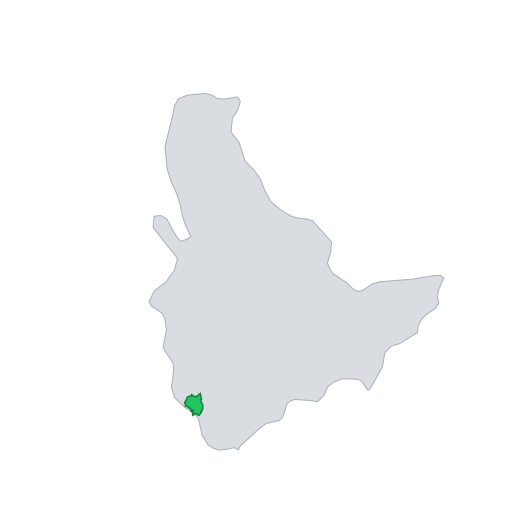 La Isabela, Puerto Plata, Dominican Republic shown in context, rotated 237°
{"feature_id": "3306468B2817273614412", "entity_name": "La Isabela", "entity_type": "district", "adm_level": 2, "iso_a3": "DOM", "parent_name": "Dominican Republic", "parent_adm1": "Puerto Plata", "projection": "equal_earth", "projection_center": [-71.164, 19.801], "detail": "fine", "context": "in_parent", "style": "filled", "palette": "green", "viewbox_px": 512, "rotation_deg": 237, "n_neighbors": 0, "source": "geoboundaries", "source_scale": "gbopen_adm2", "svg_char_len": 4523}
<svg xmlns="http://www.w3.org/2000/svg" viewBox="0 0 512 512"><g transform="rotate(237 256 256)"><path d="M103.9,349.8L104.3,328.7L106.8,320.2L104.5,311.1L94.0,301.6L87.6,289.2L81.9,278.3L83.2,276.7L94.6,276.3L98.6,272.3L106.3,261.1L107.9,252.1L107.3,245.3L102.3,237.2L100.3,228.6L106.5,221.2L114.6,210.3L115.7,206.1L115.5,202.0L106.1,190.5L105.5,185.6L109.9,173.2L109.5,164.9L105.2,139.3L103.1,135.4L107.3,133.3L110.0,125.6L113.7,118.8L118.6,115.2L124.1,112.9L135.1,113.1L150.3,119.0L154.6,118.9L169.2,113.5L181.3,110.5L192.7,113.9L197.3,118.5L206.8,125.9L211.5,128.1L226.3,128.0L230.4,128.7L242.9,140.8L253.4,145.6L259.6,145.9L270.5,141.2L275.9,141.3L282.2,151.8L283.4,166.6L288.7,180.2L296.7,188.8L336.0,185.2L344.8,192.3L341.8,198.2L336.3,201.3L317.6,199.9L309.4,200.6L307.8,206.5L307.7,212.0L318.7,213.3L329.5,216.0L340.4,220.4L351.5,223.4L364.1,225.3L376.4,228.5L397.1,239.1L420.0,263.4L426.1,269.0L430.1,276.6L428.3,286.0L420.2,301.4L415.6,306.3L408.9,309.3L404.4,315.6L400.0,326.4L397.3,327.3L394.1,326.9L388.6,320.8L384.6,311.4L373.6,302.6L360.5,303.7L341.2,298.5L329.6,301.1L317.9,301.6L306.0,299.0L294.0,298.1L282.1,301.4L270.5,307.0L266.2,310.6L258.8,319.3L254.8,322.6L226.6,327.0L218.4,320.6L210.9,311.8L200.0,310.6L184.2,317.4L174.4,319.8L170.4,322.8L169.2,326.1L169.2,338.4L167.0,345.8L151.6,374.1L142.9,394.0L139.3,400.1L135.2,401.5L127.6,390.0L122.8,385.9L116.8,383.8L114.3,377.7L114.4,369.1L112.9,360.7L109.2,354.1L103.9,349.8Z" fill="#d9dde1" stroke="#a8b0b8" stroke-width="1"/><path d="M165.4,132.0L165.7,132.2L166.1,132.6L166.3,132.7L166.6,132.7L167.2,132.8L167.5,132.8L169.1,133.8L169.3,133.8L170.1,133.9L171.0,134.4L171.0,133.5L171.0,132.6L170.8,131.9L170.7,131.0L170.2,129.9L170.2,129.7L170.3,129.4L170.9,129.1L171.4,128.2L171.5,128.2L171.8,128.0L172.1,127.8L173.5,126.0L173.9,126.5L174.0,126.7L174.3,126.7L174.8,126.7L174.4,125.6L174.4,125.1L174.4,124.7L174.6,124.3L174.7,123.2L174.9,122.6L175.0,121.9L174.9,121.6L174.9,121.4L174.8,121.2L174.7,121.0L173.2,119.1L172.8,118.4L172.7,118.2L172.4,118.0L172.2,117.7L172.1,117.4L172.4,116.9L172.3,116.7L171.4,116.3L171.2,116.3L170.8,116.5L170.7,116.4L170.1,116.0L169.6,115.6L169.4,115.6L168.8,115.5L168.6,115.3L168.6,115.5L168.4,115.7L168.3,115.8L168.2,115.8L167.9,116.0L167.7,116.2L167.5,116.3L167.4,116.3L167.2,116.4L167.2,116.5L166.5,116.6L166.3,116.7L166.2,116.7L166.1,116.8L165.8,116.8L165.6,116.8L165.3,116.9L165.2,116.9L165.2,117.0L164.8,117.2L164.7,117.3L164.7,117.5L164.5,117.8L164.3,117.9L164.1,117.9L163.9,117.8L163.5,117.7L163.4,117.7L163.2,117.6L162.9,117.5L162.7,117.5L162.3,117.6L162.2,117.6L162.0,117.4L161.9,117.4L161.8,117.2L161.7,117.2L161.1,117.0L160.9,117.2L160.8,117.3L160.7,117.5L160.6,117.8L160.3,117.8L160.3,117.7L160.2,117.8L160.2,118.1L160.3,118.2L160.3,118.3L160.5,118.4L160.5,118.5L160.7,118.4L160.8,118.4L160.8,118.2L161.0,118.2L161.0,117.9L161.0,117.7L160.9,117.7L161.0,117.5L161.0,117.4L161.4,117.4L161.5,117.3L161.7,117.5L161.8,117.6L162.0,117.7L162.0,117.8L162.3,117.9L162.5,117.9L162.6,118.0L162.9,118.0L163.0,118.0L162.8,118.1L162.7,118.2L162.4,118.1L162.2,118.0L162.1,117.9L161.8,117.9L161.6,117.8L161.5,118.0L161.3,117.9L161.2,118.0L161.2,118.7L161.2,118.8L161.0,119.0L160.9,119.1L160.7,119.1L160.6,119.5L160.5,119.8L160.4,119.8L160.4,119.6L160.5,119.5L160.5,119.0L160.5,118.9L160.5,118.7L160.4,118.5L160.4,118.4L160.3,118.2L160.2,118.2L160.0,118.3L159.9,118.2L159.8,118.3L159.7,118.4L159.5,118.2L159.4,118.2L159.0,118.0L158.9,117.9L158.7,117.8L158.7,117.7L158.6,117.4L158.5,117.2L158.4,117.2L158.2,117.0L158.1,116.9L157.9,116.8L157.8,116.7L157.7,116.7L157.4,116.5L157.3,116.3L157.2,116.2L156.9,116.1L156.9,116.4L156.9,116.6L156.8,116.8L156.8,117.1L157.0,117.2L157.1,117.3L157.2,117.5L156.9,117.8L156.9,118.0L156.8,118.3L156.7,118.3L156.7,118.5L156.7,118.8L156.7,119.0L156.8,119.2L156.8,119.7L156.7,119.7L156.7,119.8L156.6,120.1L156.0,120.2L156.0,120.3L155.9,120.3L155.7,120.5L155.4,120.7L155.2,120.7L154.9,120.7L154.9,120.8L154.7,120.9L154.6,120.7L154.3,120.7L154.3,120.8L154.2,120.8L153.9,121.1L153.6,121.1L153.4,121.3L153.6,122.3L154.4,124.3L154.5,124.5L154.8,124.7L155.0,124.7L155.5,124.7L155.6,124.8L155.7,125.1L155.7,125.3L155.4,125.6L155.3,125.8L155.3,126.0L155.9,126.3L156.0,126.4L156.3,127.0L156.4,127.6L156.6,127.9L156.9,128.1L157.5,128.7L158.1,129.0L158.6,129.2L159.2,129.6L159.6,130.0L159.8,130.1L160.0,130.2L161.2,130.2L161.4,130.3L161.8,130.5L162.1,130.6L164.8,130.6L165.2,130.6L165.3,130.7L165.4,130.8L165.5,131.2L165.5,131.4L165.4,132.0Z" fill="#22c55e" stroke="#15803d" stroke-width="1.5"/></g></svg>